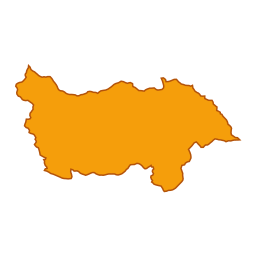 Mogi das Cruzes, São Paulo, Brazil (Mercator projection), rotated 89°
{"feature_id": "56859067B10888150233547", "entity_name": "Mogi das Cruzes", "entity_type": "district", "adm_level": 2, "iso_a3": "BRA", "parent_name": "Brazil", "parent_adm1": "São Paulo", "projection": "mercator", "projection_center": [-46.187, -23.555], "detail": "fine", "context": "isolated", "style": "filled", "palette": "amber", "viewbox_px": 256, "rotation_deg": 89, "n_neighbors": 0, "source": "geoboundaries", "source_scale": "gbopen_adm2", "svg_char_len": 4174}
<svg xmlns="http://www.w3.org/2000/svg" viewBox="0 0 256 256"><g transform="rotate(89 128 128)"><path d="M86.5,62.8L87.3,64.5L86.6,66.2L86.5,67.8L86.3,69.9L85.5,71.8L85.0,73.9L84.0,75.0L82.8,76.6L80.2,78.7L80.2,81.0L81.1,83.2L81.9,85.3L82.3,87.1L82.3,89.2L80.3,89.6L79.3,90.6L78.5,91.8L78.8,93.9L81.4,92.8L83.2,92.3L85.2,91.8L86.7,91.5L88.6,91.8L90.0,93.2L90.4,95.6L90.6,97.5L90.0,99.2L88.4,101.1L88.6,103.5L88.6,105.7L89.5,108.3L90.3,110.0L91.4,111.1L90.9,114.1L90.7,116.6L89.6,117.8L87.7,120.0L86.6,122.4L83.7,122.7L82.6,124.9L82.9,126.4L83.3,127.9L82.5,130.0L81.6,131.7L81.1,134.1L82.5,136.5L83.4,139.6L84.2,141.2L85.3,142.5L86.4,143.8L87.9,146.0L88.7,147.2L89.7,149.7L90.0,152.2L90.4,154.6L91.6,156.3L92.8,157.7L91.9,159.5L91.7,162.0L91.0,163.9L90.7,165.5L91.0,167.5L92.4,168.8L93.0,170.5L93.7,172.6L93.9,174.5L94.9,176.5L95.0,178.4L94.0,180.1L93.7,182.0L93.5,183.7L93.5,185.8L93.0,187.8L92.1,189.6L91.0,190.7L89.9,192.6L89.5,195.2L88.6,196.5L87.3,197.4L85.5,198.0L83.7,198.9L81.4,200.5L80.0,201.7L78.7,202.4L77.2,203.3L75.3,205.0L75.2,207.4L75.7,209.2L75.3,211.1L75.7,213.0L74.9,214.9L74.0,216.4L72.6,217.8L71.5,219.1L70.3,220.4L69.3,222.3L67.9,224.0L65.4,224.9L63.9,226.3L66.1,226.6L67.4,227.5L69.1,228.3L71.0,228.7L72.4,229.8L74.0,229.8L75.4,228.9L77.3,230.2L79.3,232.1L80.3,233.5L80.6,235.7L81.4,237.6L82.3,238.9L84.3,239.5L86.2,238.1L87.8,237.7L90.4,238.6L92.1,238.5L94.2,237.1L94.9,235.2L96.4,234.0L97.7,233.2L98.4,231.8L98.8,230.0L98.6,227.6L99.5,226.4L100.7,224.8L101.6,223.5L103.3,222.0L105.4,222.7L107.7,222.6L109.1,223.7L110.4,224.6L111.5,225.6L113.7,225.9L116.0,225.0L117.2,226.0L117.5,227.5L117.4,229.5L120.3,230.1L122.2,230.9L124.0,231.4L125.8,229.8L126.4,228.0L128.5,226.5L130.8,227.0L131.7,225.4L132.2,223.5L132.9,222.1L134.7,221.0L136.1,220.3L137.6,221.1L138.8,220.3L140.3,219.9L141.6,220.8L142.8,221.8L144.1,221.0L145.4,219.8L146.2,218.0L147.6,217.5L149.5,217.0L151.4,216.6L153.4,216.3L154.6,214.4L155.7,212.5L156.5,210.6L157.9,211.1L158.1,212.8L159.6,212.0L161.5,212.2L164.1,211.3L165.4,210.0L167.0,209.6L167.4,211.4L169.0,212.3L169.7,209.9L170.9,207.7L172.1,206.1L172.9,203.5L174.1,200.8L175.1,198.6L176.0,196.6L176.9,194.8L177.4,192.8L177.5,191.1L177.8,188.7L177.5,185.7L175.8,184.9L173.4,185.3L170.9,186.1L168.2,185.8L168.8,183.9L170.1,182.7L170.1,181.2L170.0,179.6L170.7,178.1L172.4,176.4L173.3,174.4L173.9,172.6L174.5,171.2L174.0,169.6L173.3,167.8L172.6,166.3L171.9,164.4L172.0,162.4L173.2,160.9L174.0,159.1L174.6,157.4L174.6,155.3L174.8,153.6L174.5,151.8L173.9,149.6L173.6,147.9L173.7,145.5L173.7,143.5L173.8,142.0L174.5,140.7L174.8,138.7L174.2,136.4L173.6,134.9L172.4,133.2L170.9,131.4L169.4,130.4L168.5,128.9L166.6,127.7L164.8,126.3L164.6,123.9L164.6,122.3L163.5,119.7L163.9,117.5L164.9,115.9L166.4,114.3L167.9,113.2L169.1,111.7L168.8,110.1L167.4,108.2L166.7,106.8L165.8,105.6L167.3,105.1L167.5,103.5L169.5,103.0L170.6,104.2L172.1,104.4L174.1,103.3L175.6,104.1L176.2,105.7L177.6,106.1L179.6,105.5L181.0,104.4L182.4,105.3L183.3,104.1L184.6,103.0L185.4,100.9L186.0,98.7L186.6,96.0L189.1,94.4L190.9,93.7L192.1,92.8L191.8,90.4L191.1,88.8L191.0,86.4L190.6,84.5L189.9,83.1L188.9,81.5L182.7,75.3L181.3,74.2L179.8,73.8L178.3,74.0L176.2,74.2L174.2,74.1L172.3,74.8L170.9,75.2L169.2,75.8L167.8,75.2L166.3,74.8L165.8,72.1L164.1,71.2L162.9,69.2L162.5,67.3L161.0,66.5L159.1,65.6L157.6,65.6L155.8,65.8L153.6,66.5L151.9,67.2L150.4,67.9L146.9,64.4L145.4,63.2L144.0,62.1L143.1,60.0L144.4,58.7L145.6,57.8L146.7,56.6L148.6,55.3L148.6,53.0L147.4,52.0L146.4,50.9L146.3,48.7L145.4,47.3L144.2,45.9L143.0,44.3L141.6,42.9L140.4,41.2L140.8,39.1L141.3,37.6L141.5,35.6L142.1,33.3L142.4,31.9L143.4,30.3L142.5,27.7L142.7,25.4L142.2,23.6L141.9,22.1L141.9,20.5L141.9,18.5L141.8,16.5L139.6,18.7L139.4,20.9L138.1,22.6L136.6,24.7L134.6,25.1L132.1,24.9L130.1,24.5L128.7,25.1L127.2,26.4L126.1,27.9L123.6,28.5L121.7,29.4L119.6,31.3L117.9,32.9L116.0,33.9L115.4,35.4L113.9,35.5L112.8,37.3L112.0,39.0L110.1,38.8L108.5,38.7L107.6,40.0L106.6,41.0L105.7,42.2L103.7,42.5L101.8,43.5L101.8,45.2L101.7,47.0L100.7,49.0L99.9,50.7L97.4,50.7L97.5,53.1L97.2,54.8L95.5,55.8L94.3,57.1L93.7,58.5L92.2,60.5L90.4,61.5L89.2,62.4L86.5,62.8Z" fill="#f59e0b" stroke="#b45309" stroke-width="1.5"/></g></svg>